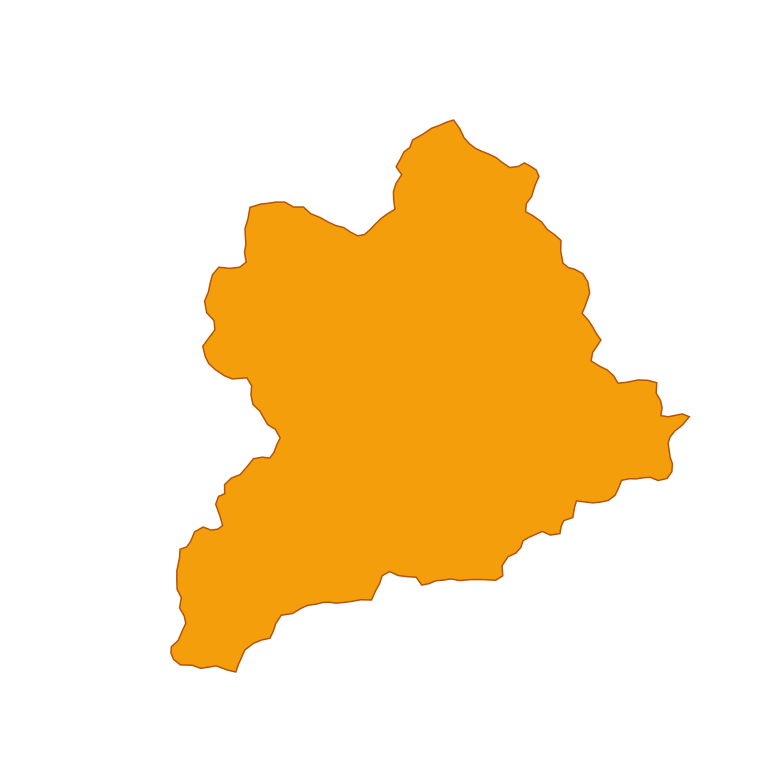 outline of Rio Piracicaba, Minas Gerais, Brazil, rotated 343°
{"feature_id": "56859067B90446172591220", "entity_name": "Rio Piracicaba", "entity_type": "district", "adm_level": 2, "iso_a3": "BRA", "parent_name": "Brazil", "parent_adm1": "Minas Gerais", "projection": "orthographic", "projection_center": [-43.151, -19.961], "detail": "fine", "context": "isolated", "style": "filled", "palette": "amber", "viewbox_px": 768, "rotation_deg": 343, "n_neighbors": 0, "source": "geoboundaries", "source_scale": "gbopen_adm2", "svg_char_len": 3003}
<svg xmlns="http://www.w3.org/2000/svg" viewBox="0 0 768 768"><g transform="rotate(343 384 384)"><path d="M666.4,504.6L660.5,499.8L652.8,499.1L646.2,498.4L639.5,495.2L643.0,488.0L643.6,480.6L641.6,472.4L645.2,462.5L637.3,457.6L628.2,454.4L617.2,453.4L608.0,451.6L606.0,443.3L601.7,436.0L595.1,429.7L588.8,422.5L592.8,414.8L599.0,409.8L604.3,405.3L602.0,398.5L600.0,389.6L598.1,383.0L594.1,374.4L599.8,367.4L607.3,357.1L608.7,345.9L606.4,336.7L599.8,329.9L594.5,326.7L590.5,320.9L591.8,308.7L595.2,298.5L590.9,291.3L585.2,283.9L582.1,275.0L575.5,266.5L569.8,260.6L572.9,253.1L579.9,247.9L586.8,237.8L592.9,230.8L592.1,223.8L587.6,218.4L582.9,213.6L576.3,215.2L567.6,213.8L561.9,206.8L557.2,200.1L551.0,194.4L545.3,189.9L540.3,185.4L535.7,178.8L532.6,172.1L531.1,162.1L527.7,151.9L520.7,151.9L512.4,152.9L504.4,153.3L494.1,156.5L482.7,159.0L477.8,165.4L471.1,167.8L465.5,173.6L459.1,179.8L462.1,189.0L454.1,195.8L449.2,202.9L447.2,210.2L445.5,220.1L436.6,222.4L429.6,224.8L422.2,228.7L414.9,232.8L409.0,235.4L402.2,234.6L396.5,229.1L391.2,222.6L384.2,218.4L378.0,212.8L371.9,206.4L363.7,199.7L358.7,191.2L349.1,188.3L342.3,181.0L333.8,178.4L326.7,177.4L318.8,175.9L307.5,175.9L302.2,186.3L296.5,194.8L294.5,202.5L292.8,210.0L289.2,217.0L287.8,227.2L280.1,230.1L270.3,228.3L260.2,224.0L251.9,229.4L247.6,236.2L243.0,244.6L236.6,252.4L235.3,264.0L240.0,273.7L238.1,282.8L229.4,289.2L221.7,294.9L221.1,305.8L222.4,313.2L227.1,321.3L233.9,329.5L240.4,334.8L254.7,338.0L256.9,347.1L253.6,355.4L252.7,365.3L257.3,373.4L259.3,382.1L260.9,388.9L266.9,395.6L268.9,405.3L263.6,410.9L258.7,417.3L253.0,421.4L246.3,418.4L237.3,417.3L230.1,422.2L220.1,428.6L210.5,429.3L202.1,433.6L199.5,442.4L192.9,443.1L187.9,449.8L188.5,462.9L188.3,472.2L182.6,474.2L175.8,473.1L169.2,467.9L159.6,470.0L153.0,478.1L147.7,482.1L140.7,482.4L137.4,490.9L131.4,501.8L128.5,511.1L126.1,519.9L127.7,529.1L123.0,538.4L125.1,547.4L124.5,554.9L118.8,561.2L112.2,569.1L103.9,573.0L101.6,579.0L102.2,585.8L107.2,593.1L118.4,596.9L125.6,602.3L132.2,603.3L141.1,604.5L150.7,611.8L158.1,616.1L162.7,609.7L167.6,604.1L173.1,597.7L182.9,593.9L192.0,593.0L200.6,593.8L205.8,588.1L210.5,581.4L218.1,575.1L229.4,576.7L238.8,574.3L246.1,573.3L254.8,574.7L262.0,575.1L268.0,576.7L273.9,579.5L281.0,581.0L289.2,582.4L298.6,583.5L308.9,586.9L315.6,579.2L321.2,573.8L326.2,566.8L334.5,565.0L341.5,571.3L349.8,575.0L358.3,578.2L361.3,587.3L368.7,588.1L375.9,587.3L382.9,588.8L391.4,590.1L398.9,594.1L410.3,596.5L421.5,600.0L433.4,604.3L441.5,602.2L443.8,592.3L452.1,585.5L461.0,584.1L467.1,580.3L471.1,574.6L477.1,573.1L484.3,572.2L492.3,571.3L498.9,577.1L508.5,578.5L511.5,572.4L515.9,567.2L525.5,566.9L530.2,557.6L533.9,552.1L541.6,555.5L548.8,558.7L556.2,560.2L564.5,560.9L572.4,558.0L577.7,552.3L583.0,545.6L590.8,546.3L597.6,548.5L604.6,549.5L611.2,551.0L617.9,556.4L627.1,557.1L633.6,552.1L636.5,544.7L636.2,537.6L637.3,530.9L638.3,523.7L641.9,518.5L648.5,513.9L657.1,510.6L666.4,504.6Z" fill="#f59e0b" stroke="#b45309" stroke-width="1.5"/></g></svg>